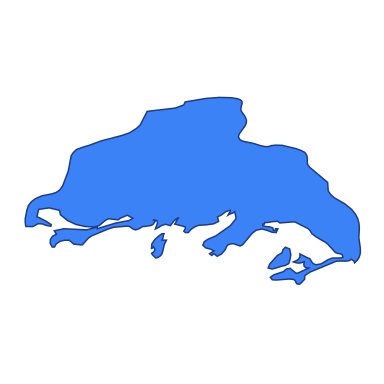 SVG path tracing the border of Khánh Hòa, rotated 89°
{"feature_id": "VNM-479", "entity_name": "Khánh Hòa", "entity_type": "Province", "adm_level": 1, "iso_a3": "VNM", "parent_name": "Vietnam", "parent_adm1": "", "projection": "equal_earth", "projection_center": [109.201, 12.32], "detail": "fine", "context": "isolated", "style": "filled", "palette": "blue", "viewbox_px": 384, "rotation_deg": 89, "n_neighbors": 0, "source": "natural_earth", "source_scale": "10m", "svg_char_len": 4074}
<svg xmlns="http://www.w3.org/2000/svg" viewBox="0 0 384 384"><g transform="rotate(89 192 192)"><path d="M265.7,30.7L264.0,31.2L262.0,33.7L263.5,36.2L263.8,40.0L263.6,44.4L263.7,48.8L274.1,75.4L277.7,80.8L281.2,80.9L285.4,85.1L286.1,86.4L285.6,88.8L284.2,89.7L282.6,90.2L281.2,91.8L280.7,96.5L281.5,109.3L281.2,113.2L278.6,115.2L276.2,111.6L273.3,102.3L272.4,100.8L271.3,99.9L270.5,98.4L270.1,95.0L270.8,94.4L274.9,89.5L274.9,87.5L270.1,76.6L269.6,79.6L268.3,81.1L266.3,81.5L263.7,80.9L264.6,83.7L265.0,86.4L264.6,89.0L263.7,91.8L262.4,88.7L260.8,86.4L258.6,85.2L255.8,85.2L260.0,77.3L260.5,75.7L261.5,74.8L263.7,73.7L265.9,71.9L266.9,69.1L266.1,64.1L262.0,57.0L260.5,53.1L260.5,43.6L259.7,42.2L257.1,43.0L256.3,44.9L256.0,47.4L254.9,49.8L246.9,56.8L244.6,59.5L238.9,68.9L235.6,73.0L232.5,74.7L230.5,76.8L223.8,89.5L223.7,92.5L224.5,104.7L222.8,106.8L223.0,111.6L223.8,116.7L223.8,119.7L224.5,120.0L225.0,120.0L225.4,120.3L225.3,121.8L227.0,121.8L227.8,118.6L228.2,115.0L229.2,112.0L231.8,111.1L231.8,109.2L230.2,109.2L230.2,106.8L234.1,108.6L233.6,112.8L231.5,118.0L230.2,122.8L231.3,128.4L234.2,132.4L245.6,142.3L246.8,144.9L244.4,151.4L244.6,154.5L245.6,157.1L246.9,158.2L250.3,159.8L254.5,163.6L256.7,167.9L254.0,171.2L255.8,173.4L254.0,175.5L251.2,171.1L249.6,174.0L248.1,179.3L245.4,182.1L241.9,180.6L239.5,176.9L236.4,169.1L226.3,154.2L219.2,148.3L212.5,149.6L213.7,151.5L214.9,154.9L215.7,156.3L213.3,154.9L212.5,154.1L210.9,154.1L212.1,158.3L215.8,163.5L217.3,167.0L221.8,165.9L224.2,170.8L225.1,178.3L225.3,185.2L226.0,187.8L227.6,191.1L229.5,193.8L232.5,196.4L232.5,199.2L231.1,200.9L228.4,199.3L227.0,199.3L226.1,201.3L223.8,209.8L218.6,206.7L217.3,205.5L218.6,208.2L220.7,210.6L225.3,214.3L223.8,219.0L224.8,222.7L226.8,225.9L228.4,229.3L222.3,227.0L219.9,227.7L219.0,231.4L220.5,229.5L220.5,229.3L223.7,231.5L224.9,233.9L225.3,238.0L225.7,240.2L225.6,241.2L226.0,242.5L227.7,245.3L228.9,249.0L227.9,251.8L225.3,255.2L225.0,257.9L225.9,270.9L227.5,276.4L234.1,293.1L236.3,296.4L242.9,302.5L242.9,304.5L242.1,310.0L242.1,311.1L238.1,315.4L238.0,320.6L239.2,325.2L241.5,328.7L244.6,330.4L244.6,332.7L240.8,334.7L237.0,334.4L233.8,332.2L231.8,328.2L231.0,328.9L229.3,329.7L228.4,330.4L226.5,320.9L228.0,298.0L225.3,287.3L227.0,287.3L221.7,268.8L219.4,255.3L217.2,251.6L214.1,257.1L217.1,264.5L218.2,265.7L218.5,266.8L217.3,275.6L218.6,278.8L224.0,285.5L225.3,290.5L224.6,299.6L222.4,308.6L218.4,316.9L212.5,323.9L208.0,324.9L205.4,335.1L206.7,345.6L214.1,347.5L215.3,344.6L218.7,338.4L222.2,333.3L223.8,333.7L222.9,338.2L221.3,342.2L221.0,346.4L223.8,351.8L223.6,358.6L222.2,359.0L218.7,359.3L215.7,359.2L207.3,357.4L202.6,355.7L199.0,352.8L196.1,349.0L193.2,342.2L191.4,332.0L190.1,327.9L187.8,324.3L183.8,321.3L169.1,315.4L153.8,312.2L150.6,310.1L147.5,306.7L145.1,299.8L143.7,294.5L139.3,281.9L134.1,260.4L131.7,253.3L127.6,246.6L124.2,242.7L110.6,235.4L107.8,207.3L104.8,198.7L101.8,197.2L98.7,176.5L97.9,162.9L98.4,151.6L99.4,145.1L100.7,142.1L102.2,140.5L104.0,140.3L109.2,141.7L110.7,141.7L112.4,141.1L116.7,138.1L119.2,136.9L121.6,136.3L124.0,136.5L126.3,137.5L134.7,143.7L137.6,144.7L140.6,143.1L142.1,140.2L144.5,129.7L146.9,122.5L147.9,118.0L147.9,114.5L147.0,111.9L146.6,107.3L146.9,101.1L150.3,87.9L152.4,82.2L154.4,78.5L156.3,77.2L158.1,76.4L160.4,76.1L165.1,76.2L167.3,75.5L169.2,74.1L184.8,56.2L193.3,55.8L196.7,53.6L200.2,49.9L206.9,38.9L212.2,32.7L216.9,29.1L221.7,26.7L226.2,25.6L231.0,25.3L240.6,26.0L251.1,24.7L255.9,24.7L260.2,26.0L262.8,27.7L265.7,30.7ZM267.7,103.5L269.5,109.5L270.4,113.2L269.3,117.2L265.5,115.6L257.0,107.8L255.6,105.2L254.2,103.0L251.4,102.1L248.8,99.6L250.7,95.3L256.7,94.3L262.0,95.4L265.3,96.6L267.0,99.8L267.7,103.5ZM252.6,222.8L254.4,223.9L255.8,225.4L256.8,227.2L257.4,229.3L256.3,230.5L253.8,232.8L252.6,233.5L251.3,231.5L249.8,230.3L248.1,230.2L246.1,231.4L246.8,232.1L247.1,232.0L247.3,232.2L247.7,233.5L243.1,233.0L238.8,229.9L235.4,226.0L233.2,222.8L233.2,220.7L234.8,221.3L238.1,222.1L239.7,222.8L239.6,221.7L239.7,218.4L244.0,220.6L252.6,222.8Z" fill="#3b82f6" stroke="#1e3a8a" stroke-width="1.5"/></g></svg>